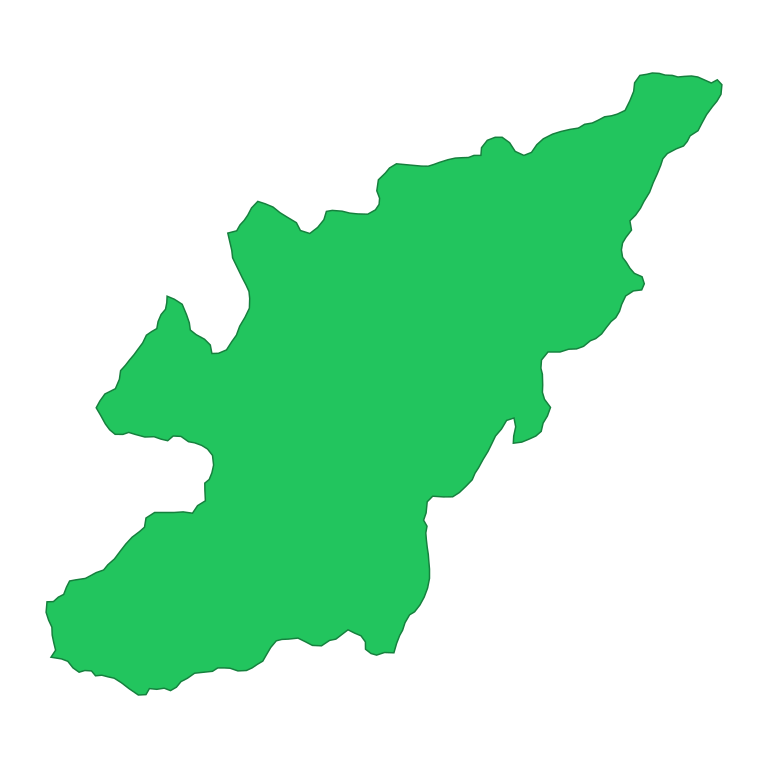 the district of Santa Rita de Caldas, Minas Gerais, Brazil
{"feature_id": "56859067B49411657296568", "entity_name": "Santa Rita de Caldas", "entity_type": "district", "adm_level": 2, "iso_a3": "BRA", "parent_name": "Brazil", "parent_adm1": "Minas Gerais", "projection": "mercator", "projection_center": [-46.273, -22.019], "detail": "fine", "context": "isolated", "style": "filled", "palette": "green", "viewbox_px": 768, "rotation_deg": 0, "n_neighbors": 0, "source": "geoboundaries", "source_scale": "gbopen_adm2", "svg_char_len": 4037}
<svg xmlns="http://www.w3.org/2000/svg" viewBox="0 0 768 768"><path d="M51.0,657.2L61.5,658.9L67.8,661.3L73.0,667.9L79.1,672.2L84.8,670.5L91.5,670.9L95.5,675.8L101.8,675.2L108.3,676.9L114.2,678.2L121.2,682.6L129.0,688.6L138.3,695.0L146.0,694.6L149.4,688.6L156.8,689.3L164.2,688.2L170.5,690.6L176.4,687.2L181.0,681.6L187.5,678.2L194.6,673.2L203.9,672.2L212.5,671.3L217.8,667.9L223.9,667.9L230.0,668.2L237.9,670.9L246.4,670.5L252.1,667.9L257.1,664.5L262.8,661.1L266.0,655.5L270.7,647.5L276.3,640.8L281.9,639.4L288.4,639.1L298.0,638.1L305.3,641.7L312.4,645.4L321.5,645.8L329.6,640.4L335.9,639.1L341.6,634.7L348.0,629.8L354.6,633.1L361.0,635.8L365.4,641.9L365.5,649.2L371.0,653.5L376.6,655.1L384.5,652.5L393.9,652.8L396.6,643.4L399.7,635.4L402.6,630.2L405.0,622.7L409.6,614.8L414.6,611.8L419.9,605.0L424.2,597.1L427.6,588.0L429.5,578.4L429.5,569.0L428.8,561.0L428.3,554.5L427.2,547.2L426.4,540.2L425.8,532.9L427.0,526.2L423.6,520.2L426.1,512.9L427.2,501.8L432.7,496.2L443.4,496.9L452.7,496.8L459.4,492.5L465.7,486.5L472.2,479.8L475.0,473.2L478.7,467.5L483.1,459.4L488.0,451.4L491.6,444.1L495.5,436.0L501.5,429.0L506.6,420.4L514.0,418.0L515.7,426.8L513.7,436.1L513.3,443.2L521.8,442.1L529.1,439.1L535.9,436.0L541.2,431.4L543.1,423.1L547.4,416.0L550.5,407.4L544.5,399.3L542.4,392.3L542.7,385.0L542.4,374.3L540.9,368.2L541.5,360.0L548.0,352.0L560.0,352.0L568.7,349.2L576.5,348.9L583.6,346.3L590.4,340.7L595.7,338.6L601.6,333.9L606.5,327.3L611.1,321.5L615.8,317.6L619.5,311.3L621.7,304.3L625.7,295.9L633.4,290.9L641.7,289.9L644.3,283.8L642.1,276.8L634.4,273.4L629.9,268.2L626.3,262.3L622.6,257.4L621.4,249.9L622.6,242.9L625.9,237.4L631.5,230.1L629.9,220.8L635.6,215.1L640.5,208.2L643.9,201.5L649.6,192.2L653.2,182.7L657.3,173.7L660.7,165.4L662.8,158.8L667.4,153.5L676.3,148.8L683.5,146.0L687.2,141.5L690.1,135.8L698.0,130.7L702.1,122.8L706.5,114.7L712.3,106.8L717.0,101.1L721.0,94.3L721.9,84.7L717.3,79.8L711.3,83.0L704.6,80.0L697.8,77.0L691.5,76.0L684.4,76.4L677.9,77.0L672.4,75.4L665.2,75.1L659.3,73.4L652.3,73.0L646.8,74.3L639.9,75.4L634.6,82.8L633.7,91.3L629.9,100.7L625.1,110.4L617.3,114.1L611.5,115.8L604.6,116.8L597.8,120.4L592.3,123.0L584.6,124.3L578.3,128.1L570.0,129.4L560.9,131.5L552.6,134.1L543.3,138.8L536.8,144.7L531.5,152.4L523.9,155.4L515.2,151.4L509.6,142.7L502.2,137.3L495.1,137.3L487.3,140.3L481.5,147.7L480.9,155.4L474.0,155.4L468.5,157.5L462.2,157.7L455.2,158.1L448.0,159.7L439.4,162.4L433.7,164.5L428.2,166.2L421.4,166.1L407.2,164.8L396.4,163.8L389.5,168.0L385.3,173.1L378.4,179.8L376.8,190.8L379.6,198.2L379.1,204.4L375.4,209.9L367.7,214.2L357.4,213.9L349.7,213.1L342.2,211.2L332.3,210.4L326.4,211.4L323.9,219.7L317.7,227.4L309.8,233.5L300.4,230.5L296.4,222.7L287.1,217.1L280.0,212.7L273.1,207.1L265.2,203.8L257.8,201.4L251.5,208.0L247.8,215.1L244.2,220.4L240.1,224.8L236.7,230.8L227.8,233.1L229.8,241.8L231.8,250.4L232.6,257.8L235.4,263.6L238.9,270.8L242.5,278.2L246.0,284.9L249.0,291.5L249.7,298.5L249.4,308.2L245.0,317.3L239.7,326.2L236.4,335.2L231.8,341.6L226.5,349.9L218.5,353.3L211.9,353.5L210.3,345.0L204.5,339.2L196.2,334.7L190.3,330.0L189.3,322.8L186.6,314.9L182.2,304.3L174.3,299.2L167.1,296.2L166.8,302.6L165.5,309.3L161.1,314.5L158.1,321.5L156.8,328.6L151.6,331.6L146.4,335.2L142.7,342.9L138.0,349.2L134.0,354.7L129.6,359.9L125.5,365.2L120.6,370.6L119.4,379.3L115.4,388.7L104.9,394.0L99.9,401.0L96.2,407.8L100.5,415.1L105.4,424.0L109.7,429.8L115.1,434.3L122.9,434.4L128.7,432.4L135.2,434.4L144.8,437.0L154.1,436.7L160.9,439.1L167.7,440.7L173.2,436.0L181.0,436.4L188.5,441.7L194.6,442.8L201.7,445.4L207.5,449.0L212.5,455.4L213.6,465.1L211.9,472.8L209.2,479.5L204.8,483.1L204.9,490.3L205.4,500.8L197.6,505.6L192.5,513.2L183.2,511.9L173.9,512.5L162.7,512.5L154.6,512.5L146.0,518.0L144.5,527.2L139.5,531.6L132.1,537.2L125.9,543.9L120.4,551.0L114.4,559.0L107.9,564.7L103.6,570.0L96.2,572.6L85.4,578.4L75.5,579.9L69.6,581.0L66.5,587.1L63.7,594.4L58.4,597.1L53.4,601.6L47.0,601.8L46.1,612.3L48.6,620.1L51.9,627.2L52.2,635.1L53.8,642.8L55.6,650.2L51.0,657.2Z" fill="#22c55e" stroke="#15803d" stroke-width="1.5"/></svg>